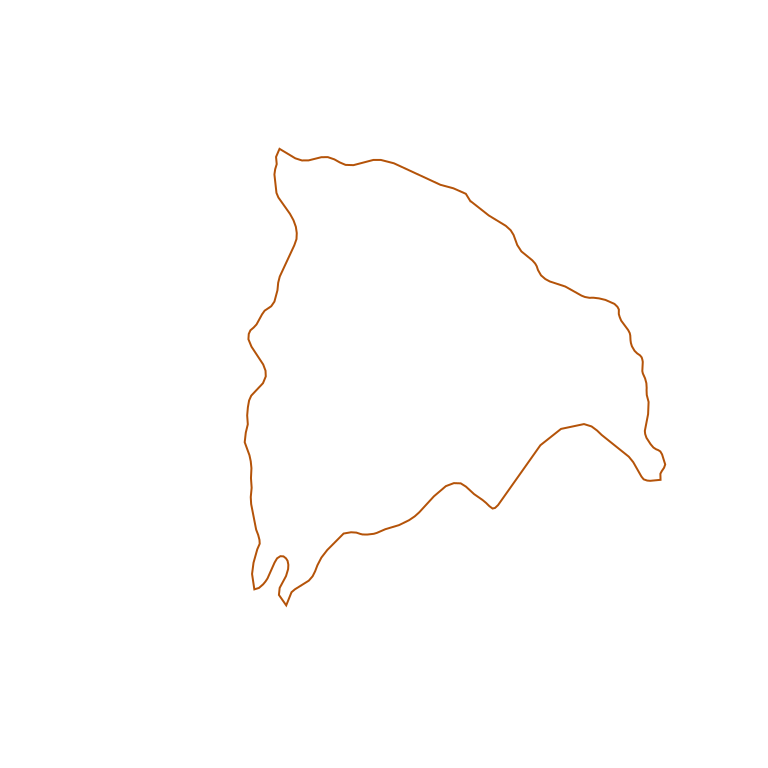 Lilongwe, orthographic projection, rotated 141°
{"feature_id": "MWI-1909", "entity_name": "Lilongwe", "entity_type": "District", "adm_level": 1, "iso_a3": "MWI", "parent_name": "Malawi", "parent_adm1": "", "projection": "orthographic", "projection_center": [33.699, -14.021], "detail": "fine", "context": "isolated", "style": "outline", "palette": "amber", "viewbox_px": 768, "rotation_deg": 141, "n_neighbors": 0, "source": "natural_earth", "source_scale": "10m", "svg_char_len": 2470}
<svg xmlns="http://www.w3.org/2000/svg" viewBox="0 0 768 768"><g transform="rotate(141 384 384)"><path d="M317.2,632.5L310.9,615.2L307.1,609.4L302.0,605.3L290.0,599.7L284.9,595.7L281.2,589.8L278.9,584.0L276.0,578.5L270.0,573.3L251.2,564.8L245.5,560.2L237.4,549.3L214.8,503.3L206.9,492.4L200.7,480.3L201.8,471.9L201.7,471.9L196.5,449.0L189.8,430.2L188.8,423.8L189.5,418.3L193.0,408.1L193.8,400.6L190.9,386.7L190.7,382.5L191.2,379.4L192.6,375.7L193.6,369.6L192.6,364.1L190.6,359.3L181.8,345.7L174.9,328.4L173.1,325.2L170.2,321.8L166.9,319.2L163.0,315.2L159.0,310.0L154.5,301.2L154.0,297.1L154.6,294.1L157.5,290.6L158.7,287.7L159.8,284.0L160.3,272.3L161.0,268.9L162.1,266.7L164.8,263.0L166.3,260.5L167.6,257.3L168.4,252.1L168.0,248.5L167.0,245.1L167.0,242.5L167.9,240.3L169.0,238.3L175.1,231.5L176.2,229.3L177.6,224.0L179.6,219.5L182.3,215.7L183.8,214.0L186.7,210.1L189.7,203.5L197.7,194.4L210.8,183.4L212.5,180.8L213.9,177.0L214.7,169.4L214.6,165.1L213.6,162.0L212.5,160.1L211.7,157.7L212.2,154.3L216.1,144.5L219.0,142.7L223.2,141.4L225.7,140.3L229.4,135.5L238.0,141.2L240.2,143.3L242.2,146.5L242.2,150.0L239.5,166.4L239.5,173.5L246.9,207.4L247.7,213.8L249.4,220.4L253.8,227.0L274.7,237.7L301.0,238.0L371.6,218.1L375.7,217.8L378.0,218.9L379.0,222.8L379.5,227.3L380.4,231.8L383.3,241.8L384.9,252.7L386.9,258.5L392.1,263.0L400.2,265.7L415.9,265.3L437.4,262.1L443.4,261.8L450.3,262.4L461.2,264.9L474.3,270.3L483.3,272.8L486.2,274.0L491.7,277.5L495.3,280.5L496.7,282.3L499.0,285.9L502.9,289.5L509.5,293.2L532.6,290.7L541.9,288.5L549.9,285.0L555.4,281.8L560.5,279.5L566.2,278.5L582.4,280.5L586.9,280.4L599.3,273.5L598.4,286.2L593.4,291.2L581.0,296.4L575.0,300.5L572.1,303.7L570.2,307.3L569.9,310.2L570.6,313.3L572.9,315.4L576.8,315.8L581.4,314.1L596.9,306.2L600.4,305.1L603.9,304.4L609.5,304.2L614.0,306.0L606.1,319.4L597.9,327.2L586.5,335.3L581.1,338.1L578.9,341.2L576.8,345.8L575.0,351.3L562.8,374.3L558.7,380.0L552.2,386.6L546.6,394.6L540.0,402.0L536.2,407.8L533.4,413.3L528.9,426.4L522.0,433.2L515.2,438.4L510.1,445.7L504.5,451.5L499.2,456.1L494.5,458.5L477.5,460.8L471.1,464.3L467.7,468.9L465.6,475.2L463.5,496.4L461.2,504.1L457.6,508.0L454.0,509.8L449.8,509.9L445.6,510.5L434.9,514.9L430.6,516.1L422.7,515.4L417.3,517.0L407.8,523.9L402.5,529.3L397.4,533.1L366.5,548.2L360.8,551.7L356.8,556.2L353.6,561.6L351.3,568.2L350.0,575.4L348.7,595.4L347.3,600.2L337.3,615.8L333.4,619.4L329.0,622.4L325.0,628.4L317.2,632.5Z" fill="none" stroke="#b45309" stroke-width="2"/></g></svg>